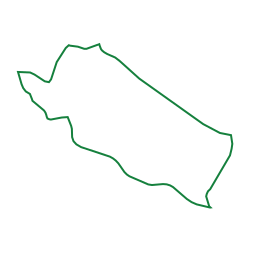 the border of Ðong Tháp, rotated 352°
{"feature_id": "VNM-500", "entity_name": "Ðong Tháp", "entity_type": "Province", "adm_level": 1, "iso_a3": "VNM", "parent_name": "Vietnam", "parent_adm1": "", "projection": "orthographic", "projection_center": [105.526, 10.632], "detail": "fine", "context": "isolated", "style": "outline", "palette": "green", "viewbox_px": 256, "rotation_deg": 352, "n_neighbors": 0, "source": "natural_earth", "source_scale": "10m", "svg_char_len": 989}
<svg xmlns="http://www.w3.org/2000/svg" viewBox="0 0 256 256"><g transform="rotate(352 128 128)"><path d="M97.9,43.8L111.2,41.0L111.4,42.4L112.2,46.0L113.0,47.5L114.9,49.6L117.8,51.9L125.1,56.4L129.1,60.5L146.0,80.6L203.0,134.6L218.3,145.7L229.0,149.4L229.1,158.2L227.7,163.0L225.2,169.3L200.9,200.0L198.4,201.8L196.8,204.3L195.9,206.6L197.5,216.9L198.6,218.2L198.2,218.2L185.4,213.2L180.7,210.3L176.4,206.5L164.4,192.8L161.7,190.7L158.5,189.2L154.9,188.4L143.8,187.8L140.2,186.7L127.1,178.7L122.7,176.0L120.4,173.9L118.3,171.1L113.5,161.6L111.3,158.5L108.9,156.0L106.0,153.8L78.9,140.4L74.6,137.0L72.2,133.5L71.4,129.3L72.3,121.0L72.0,118.0L69.8,108.8L63.8,108.4L52.8,108.9L51.3,108.4L49.6,107.4L49.1,105.6L48.9,103.7L48.4,101.3L47.3,99.0L37.2,87.8L36.9,85.9L35.6,80.6L31.9,77.6L29.8,73.9L28.7,69.8L26.9,57.2L38.8,59.4L42.9,62.1L52.1,70.2L56.1,71.6L58.6,69.1L66.6,52.8L77.5,40.1L80.9,37.8L82.1,38.4L89.7,40.5L95.7,43.5L97.9,43.8Z" fill="none" stroke="#15803d" stroke-width="2"/></g></svg>